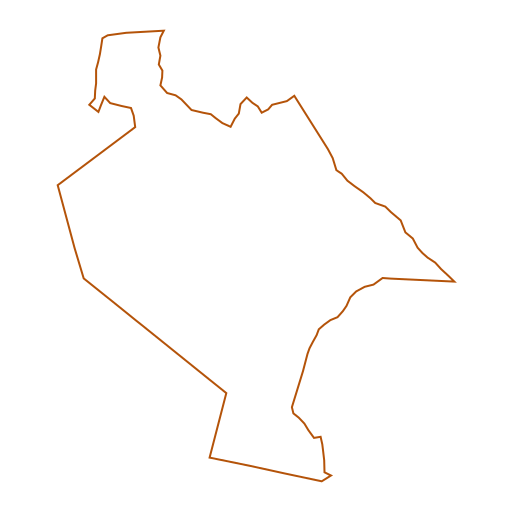 Gameleira, Pernambuco, Brazil
{"feature_id": "56859067B34418784496938", "entity_name": "Gameleira", "entity_type": "district", "adm_level": 2, "iso_a3": "BRA", "parent_name": "Brazil", "parent_adm1": "Pernambuco", "projection": "natural_earth1", "projection_center": [-35.378, -8.618], "detail": "fine", "context": "isolated", "style": "outline", "palette": "amber", "viewbox_px": 512, "rotation_deg": 0, "n_neighbors": 0, "source": "geoboundaries", "source_scale": "gbopen_adm2", "svg_char_len": 1436}
<svg xmlns="http://www.w3.org/2000/svg" viewBox="0 0 512 512"><path d="M321.7,481.3L331.0,475.5L324.5,472.3L324.2,460.4L323.1,450.9L322.3,444.4L320.6,436.8L314.0,437.9L308.4,430.2L304.4,423.6L298.8,417.7L293.4,413.4L291.9,407.2L303.0,371.1L307.5,353.9L309.5,348.3L312.9,341.8L316.6,335.2L318.8,329.3L324.2,324.6L330.4,320.1L337.5,317.2L342.9,311.1L346.5,305.9L350.3,297.3L356.2,291.4L364.7,286.8L373.5,284.6L382.6,278.0L390.7,278.6L454.3,281.6L448.9,276.3L441.1,269.1L435.2,262.6L427.6,257.6L422.4,253.0L417.6,247.7L412.8,238.5L405.4,232.4L400.7,220.4L391.0,212.2L385.3,206.6L375.2,203.0L370.6,198.4L363.3,192.3L354.6,186.2L347.4,180.7L341.8,173.8L336.4,170.2L332.7,158.1L327.9,149.1L294.3,95.8L286.9,101.1L272.1,104.8L268.2,109.4L261.7,112.7L257.8,106.4L252.4,102.8L246.7,97.5L240.5,104.1L238.8,113.6L234.8,118.6L230.6,126.8L222.4,123.1L215.5,118.0L210.8,114.2L202.9,112.7L191.5,110.0L181.4,99.4L175.6,95.3L167.1,93.0L160.4,85.4L162.1,77.5L162.4,70.6L158.8,64.5L160.4,55.7L158.4,47.5L160.4,37.3L163.8,30.7L126.2,32.8L107.7,35.3L102.4,38.3L101.2,46.2L99.9,54.2L98.1,62.2L96.1,69.5L96.1,83.4L95.2,90.5L94.8,98.5L89.3,104.8L98.4,111.9L101.0,105.1L104.4,96.8L110.2,103.1L121.6,106.0L131.0,108.0L133.7,115.7L135.2,127.1L57.7,185.2L74.6,248.1L83.7,278.4L117.6,305.6L136.4,320.8L141.7,325.0L170.0,347.8L209.6,379.7L226.3,393.1L209.6,457.6L250.6,466.0L270.8,470.4L284.0,473.3L321.7,481.3Z" fill="none" stroke="#b45309" stroke-width="2"/></svg>